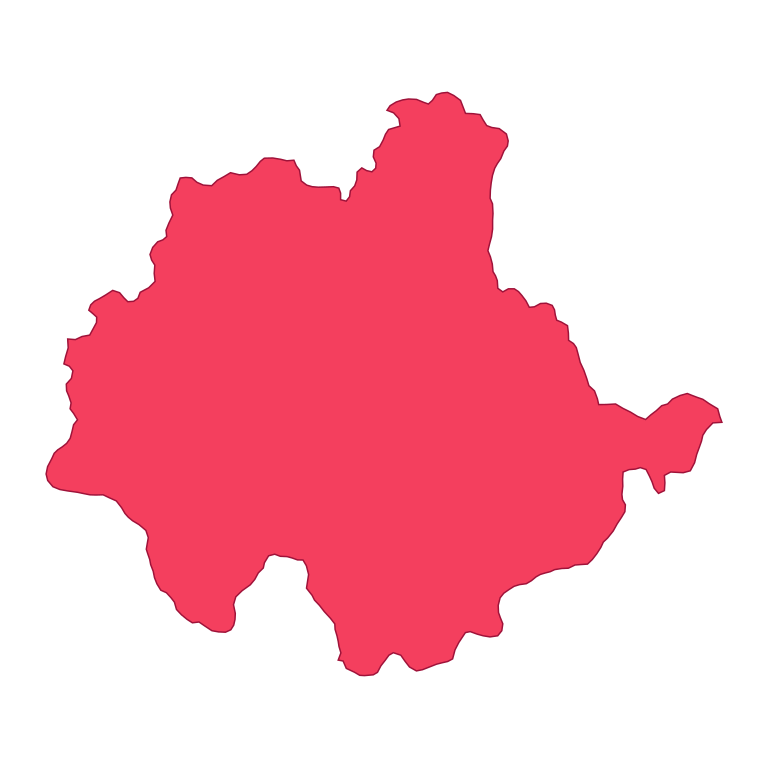 the district of Cristália, Minas Gerais, Brazil
{"feature_id": "56859067B10808930633928", "entity_name": "Cristália", "entity_type": "district", "adm_level": 2, "iso_a3": "BRA", "parent_name": "Brazil", "parent_adm1": "Minas Gerais", "projection": "albers", "projection_center": [-42.811, -16.709], "detail": "fine", "context": "isolated", "style": "filled", "palette": "rose", "viewbox_px": 768, "rotation_deg": 0, "n_neighbors": 0, "source": "geoboundaries", "source_scale": "gbopen_adm2", "svg_char_len": 4522}
<svg xmlns="http://www.w3.org/2000/svg" viewBox="0 0 768 768"><path d="M721.9,422.3L719.8,416.5L717.7,408.8L709.2,403.7L702.8,399.3L697.3,397.4L692.0,395.4L687.3,393.5L680.1,395.5L672.4,399.1L667.6,404.0L661.7,405.7L656.3,410.7L650.9,414.8L645.6,419.5L637.7,416.5L630.5,412.1L623.0,408.4L615.6,404.0L606.4,404.5L598.7,404.6L597.4,398.8L594.5,390.9L588.9,385.7L586.8,378.7L583.9,370.4L580.2,362.4L578.0,353.8L576.3,347.6L573.5,343.6L568.6,340.3L568.4,333.1L567.5,325.7L561.4,322.1L556.7,320.2L555.3,315.1L554.5,309.8L552.2,305.4L546.3,303.2L540.5,303.5L534.4,306.8L529.3,307.3L525.9,300.8L521.9,295.5L518.5,291.6L514.3,288.8L508.4,288.8L502.8,291.9L497.8,288.3L497.3,280.6L495.5,275.8L493.0,271.6L492.3,264.0L490.4,256.8L487.9,250.7L489.6,243.7L491.5,236.8L492.6,229.1L492.6,220.2L493.0,213.5L492.5,203.8L490.1,198.3L490.4,190.1L491.2,182.9L492.5,175.4L494.7,168.3L497.4,163.5L500.8,158.6L503.9,151.0L507.4,146.1L508.2,140.9L506.4,134.0L499.2,128.6L491.8,127.5L486.7,125.6L483.2,120.1L480.1,114.6L473.2,113.7L465.5,113.4L463.4,107.9L460.5,100.4L453.8,95.5L447.5,92.4L441.7,93.0L436.3,94.6L432.4,100.4L428.4,104.0L423.8,102.4L416.5,99.4L408.5,99.0L402.7,99.9L396.2,102.0L390.1,105.7L387.0,110.3L393.6,112.8L398.9,118.6L400.1,126.1L393.3,128.1L388.6,129.5L385.5,134.2L383.1,140.2L379.6,146.7L374.0,150.2L373.3,156.9L376.1,163.2L375.7,168.2L371.9,171.8L366.6,170.6L361.8,167.9L357.1,172.1L356.8,179.9L354.7,185.9L350.4,190.7L349.6,196.7L346.2,201.1L340.6,199.7L340.6,193.1L338.8,188.1L333.5,186.7L325.8,187.0L318.3,187.2L312.2,186.7L306.7,185.1L301.2,180.9L299.5,170.2L296.3,165.8L293.9,160.2L286.8,160.8L280.7,159.3L272.8,158.0L264.3,158.2L260.3,161.4L256.2,166.5L252.0,170.7L246.7,174.3L239.3,174.8L230.5,172.7L224.2,176.5L217.3,180.3L211.7,185.7L203.3,185.1L196.9,182.3L191.9,177.9L185.8,177.4L180.2,178.0L178.1,183.8L176.0,190.1L171.5,194.8L169.9,201.9L170.4,208.1L172.8,215.1L168.9,223.1L166.0,230.3L166.7,236.6L162.8,239.9L157.7,241.8L152.7,247.4L150.0,254.5L151.6,260.0L154.8,265.1L154.2,273.4L155.1,281.4L148.7,287.8L140.2,292.3L137.9,298.3L133.6,301.3L127.8,301.7L123.8,297.7L119.6,292.7L112.7,290.4L105.6,295.0L99.5,298.6L94.5,301.2L90.7,304.9L88.8,310.2L93.1,313.8L96.7,317.1L96.5,322.6L93.3,328.5L89.7,335.1L82.0,336.5L75.4,339.6L67.7,339.0L68.2,347.9L65.6,356.7L63.9,363.9L69.3,366.2L72.9,370.8L71.4,378.4L66.3,384.1L66.6,390.8L68.8,396.0L71.1,402.9L70.1,408.8L73.6,413.4L77.5,419.8L73.6,424.7L72.1,431.2L70.2,438.3L66.7,443.3L62.2,446.9L57.9,449.7L54.2,453.3L51.8,458.6L47.6,466.6L46.1,474.0L47.7,480.5L52.9,486.7L59.8,489.5L67.6,490.9L77.6,492.3L84.3,493.7L89.9,494.8L95.8,495.0L103.1,494.8L109.4,497.8L116.3,500.9L121.6,507.7L125.0,513.5L128.3,517.2L132.5,520.7L139.0,524.6L145.9,530.4L148.3,537.6L147.3,543.3L146.3,549.2L147.8,553.9L149.7,559.4L150.7,564.7L153.2,571.2L154.5,577.7L156.9,583.8L160.8,590.2L166.4,592.7L170.9,597.6L174.4,602.1L176.5,609.5L181.5,614.8L187.1,619.4L192.4,622.8L199.0,622.0L205.4,626.4L211.9,630.7L218.5,631.9L225.5,632.2L230.8,629.8L233.7,625.2L235.0,619.5L235.3,613.4L233.5,604.7L235.8,596.8L242.1,590.7L250.3,584.8L254.8,579.4L258.3,572.9L263.3,568.0L264.4,562.8L268.6,555.8L274.7,554.2L280.3,556.3L287.1,556.6L292.2,558.0L297.5,559.9L303.0,560.0L306.4,565.8L308.6,574.5L307.6,581.0L306.5,588.2L312.1,595.3L314.5,600.1L319.5,605.4L324.3,611.6L330.3,618.1L334.8,623.9L335.1,629.4L337.0,635.8L338.2,641.3L339.0,646.5L340.9,652.9L338.2,660.1L343.1,661.0L346.3,668.4L354.4,672.2L359.7,675.3L364.5,675.6L373.3,674.8L377.5,672.3L380.9,665.8L385.2,660.3L388.9,655.2L393.3,652.7L400.8,655.2L405.0,661.2L409.5,667.0L416.4,670.9L422.5,669.7L429.4,667.0L436.5,664.2L442.0,662.8L447.7,661.5L452.6,658.9L455.0,649.9L458.8,642.5L462.4,637.1L465.4,632.6L470.2,631.6L477.1,634.1L483.2,635.8L490.0,636.9L497.7,635.8L501.8,630.7L502.8,623.8L500.3,617.6L498.5,612.5L498.2,605.4L500.1,597.8L503.8,593.2L509.1,589.5L514.1,586.3L519.6,584.6L526.3,583.7L531.4,580.7L536.1,576.8L540.4,574.4L545.1,573.0L550.2,571.7L554.7,569.6L561.7,568.5L568.4,568.2L575.0,565.0L581.4,564.5L587.5,564.1L592.3,559.5L596.8,553.7L600.9,547.3L603.3,542.1L607.6,538.0L613.2,531.0L617.2,523.8L621.4,517.5L624.9,511.7L625.4,504.8L622.5,499.7L621.9,494.4L622.8,486.2L622.6,479.2L623.1,472.0L629.1,469.6L635.3,469.1L640.3,467.6L646.1,469.5L649.5,476.2L652.0,481.7L654.2,488.2L658.5,493.4L664.4,490.6L664.9,482.9L664.4,475.4L670.7,472.0L677.6,472.4L683.2,472.7L690.3,470.8L694.6,462.7L696.7,454.4L699.3,447.3L701.5,441.1L702.8,435.3L706.5,429.5L712.9,422.9L721.9,422.3Z" fill="#f43f5e" stroke="#9f1239" stroke-width="1.5"/></svg>